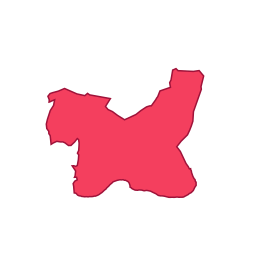 outline of Oju, Benue, Nigeria, rotated 25°
{"feature_id": "59680162B46226733150895", "entity_name": "Oju", "entity_type": "district", "adm_level": 2, "iso_a3": "NGA", "parent_name": "Nigeria", "parent_adm1": "Benue", "projection": "equal_earth", "projection_center": [8.388, 6.875], "detail": "fine", "context": "isolated", "style": "filled", "palette": "rose", "viewbox_px": 256, "rotation_deg": 25, "n_neighbors": 0, "source": "geoboundaries", "source_scale": "gbopen_adm2", "svg_char_len": 2424}
<svg xmlns="http://www.w3.org/2000/svg" viewBox="0 0 256 256"><g transform="rotate(25 128 128)"><path d="M65.2,175.3L66.7,173.0L69.1,170.2L72.5,169.2L74.9,168.1L77.3,168.1L79.9,168.7L81.5,169.0L83.7,167.9L85.5,163.3L86.5,159.0L88.1,159.4L90.0,162.2L91.2,165.0L92.8,169.2L92.8,171.1L92.8,172.2L94.7,173.2L96.4,177.7L97.5,181.9L97.9,183.4L96.8,184.9L94.8,185.1L93.4,185.9L96.4,187.7L98.7,189.1L100.3,193.8L100.3,195.3L102.2,194.4L103.9,196.4L102.2,198.7L101.8,201.6L103.1,203.4L103.4,203.8L106.7,209.6L108.2,209.1L109.6,209.6L110.7,210.1L112.4,210.1L113.8,209.6L114.9,209.6L116.3,209.1L117.7,208.7L119.5,207.7L120.9,207.3L122.3,206.3L123.4,205.9L125.2,204.9L126.2,204.0L127.3,203.5L129.1,201.6L130.1,200.2L130.8,198.8L131.5,197.8L132.3,195.9L133.0,194.0L133.7,193.0L134.1,191.1L135.1,188.8L135.5,187.3L135.7,186.7L136.6,184.9L137.3,183.0L138.7,181.6L140.1,180.2L141.9,178.8L142.6,178.3L144.0,177.8L145.4,176.9L146.8,176.9L147.9,176.4L149.3,176.5L150.4,176.5L151.8,177.0L152.8,177.9L154.2,179.4L154.9,180.8L156.0,180.8L157.4,181.3L158.1,181.3L159.2,181.3L160.6,181.3L161.6,180.9L163.0,180.4L164.1,179.5L166.6,178.5L169.1,178.1L171.2,176.7L172.9,176.2L175.1,175.7L177.5,175.8L179.7,175.8L181.1,175.8L183.9,176.3L186.0,175.8L188.1,174.9L189.9,174.4L192.0,174.0L194.5,173.5L197.3,172.1L199.4,171.2L201.6,169.8L203.3,169.3L205.1,168.4L206.2,167.9L207.6,167.0L208.3,166.0L208.3,165.9L209.0,165.1L210.1,163.6L210.8,162.7L211.1,161.7L212.6,159.8L213.6,157.0L213.6,155.1L213.6,153.6L214.0,151.2L213.3,149.8L212.6,148.3L211.6,147.9L210.5,146.4L209.1,145.9L208.1,145.0L207.3,144.5L205.9,143.0L204.5,141.6L203.5,140.1L202.4,139.2L201.9,138.4L200.9,139.1L199.0,137.6L195.5,135.6L185.3,127.1L180.1,124.4L181.7,117.5L184.8,109.1L184.8,103.8L184.5,99.2L183.9,94.4L180.4,85.5L178.1,61.9L176.7,59.7L174.6,48.9L168.2,45.9L163.3,49.1L149.1,54.9L146.4,53.9L144.3,56.3L144.0,56.6L144.1,56.9L146.7,66.3L146.6,69.3L149.3,73.2L141.3,80.9L141.7,87.1L141.3,88.8L141.2,90.5L139.8,98.0L138.3,98.8L136.0,100.9L135.3,101.9L132.3,106.8L129.5,112.4L121.4,122.0L119.8,121.8L113.2,121.0L107.0,119.7L102.1,119.7L98.5,118.0L99.6,108.8L79.2,114.2L76.7,113.7L75.2,116.9L67.3,118.7L53.8,119.0L49.3,124.0L44.8,127.8L42.8,129.7L42.0,133.1L44.7,135.7L45.5,137.9L46.2,137.3L47.1,136.1L49.6,133.4L51.0,139.0L50.2,145.1L51.3,154.1L52.3,159.0L54.6,162.8L57.6,164.5L58.7,166.6L60.7,167.8L63.0,171.6L65.2,175.3Z" fill="#f43f5e" stroke="#9f1239" stroke-width="1.5"/></g></svg>